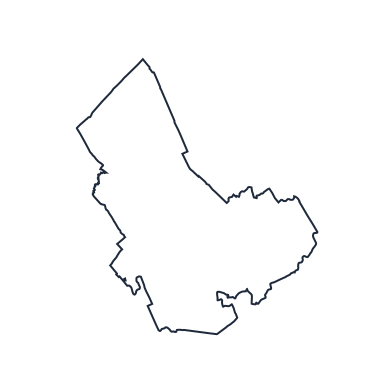 outline of Sarbii - Magura, Olt, Romania, rotated 69°
{"feature_id": "2599482B40554903092578", "entity_name": "Sarbii - Magura", "entity_type": "district", "adm_level": 2, "iso_a3": "ROU", "parent_name": "Romania", "parent_adm1": "Olt", "projection": "equal_earth", "projection_center": [24.696, 44.548], "detail": "fine", "context": "isolated", "style": "outline", "palette": "slate", "viewbox_px": 384, "rotation_deg": 69, "n_neighbors": 0, "source": "geoboundaries", "source_scale": "gbopen_adm2", "svg_char_len": 6086}
<svg xmlns="http://www.w3.org/2000/svg" viewBox="0 0 384 384"><g transform="rotate(69 192 192)"><path d="M309.2,272.7L309.4,272.4L310.1,272.0L310.3,271.6L310.0,270.6L309.0,269.2L309.4,266.7L309.3,266.2L308.9,265.6L308.9,265.1L309.5,263.9L309.9,263.5L312.3,262.2L314.2,261.7L315.1,261.1L315.7,258.9L316.4,258.4L316.9,257.2L316.8,256.8L315.4,255.6L315.6,254.5L316.5,252.1L317.6,250.2L317.9,248.9L330.5,225.7L333.5,220.0L333.6,219.4L330.5,208.3L330.0,207.3L329.2,203.3L328.3,200.6L327.8,198.9L327.2,197.8L325.8,195.2L325.4,194.8L321.8,194.8L319.7,195.1L315.4,194.7L311.3,195.0L311.1,195.1L311.1,195.4L311.7,197.2L311.8,198.4L311.5,199.3L310.6,200.9L310.1,202.1L310.0,202.4L310.3,203.9L310.2,204.1L309.8,204.2L307.1,203.9L305.9,203.6L304.0,202.7L303.1,202.9L302.7,203.1L302.5,203.3L302.6,204.9L302.4,206.7L302.2,206.9L299.7,206.0L296.7,205.3L294.7,204.5L294.4,204.1L294.4,203.7L294.9,202.4L296.5,200.2L297.8,198.5L300.2,196.8L300.7,195.5L300.9,195.2L301.4,195.1L301.8,195.3L302.2,196.2L302.5,196.5L303.0,196.6L303.5,196.5L303.6,196.0L303.7,195.0L304.5,192.9L304.6,191.7L305.0,191.3L306.5,190.3L306.8,189.9L306.7,189.5L305.1,188.1L303.3,184.7L303.0,182.2L303.0,180.7L303.3,179.5L304.0,177.4L302.3,175.5L302.3,175.4L303.9,175.4L304.7,175.3L308.2,173.5L309.7,173.1L311.3,173.6L316.7,176.0L317.7,176.3L318.3,175.6L319.6,173.1L319.5,172.6L318.5,171.9L318.4,171.6L318.6,171.4L319.7,170.9L320.0,170.4L320.0,170.0L318.5,167.9L317.6,166.3L317.3,165.2L317.3,163.1L317.1,161.3L316.4,160.9L314.6,160.8L314.1,160.5L312.9,158.7L311.2,156.8L310.8,156.2L310.6,155.5L310.9,153.3L310.8,153.0L310.4,152.7L309.9,152.5L306.1,152.0L305.7,151.6L305.4,149.5L305.7,148.7L305.7,147.1L305.2,140.9L304.9,136.1L305.0,135.4L304.6,134.3L304.3,130.4L303.5,128.9L303.4,128.4L303.4,127.2L303.3,126.7L303.4,126.2L303.3,125.5L303.8,125.1L303.9,124.9L303.1,124.4L302.9,124.1L302.5,123.1L302.4,120.9L301.9,120.5L300.3,119.7L299.5,119.6L297.6,118.7L296.7,118.0L296.5,117.6L296.5,117.3L296.9,115.4L296.6,114.2L295.2,112.9L293.1,112.5L292.5,112.1L292.3,111.7L291.9,110.8L292.0,110.1L293.7,108.3L294.1,107.7L294.1,107.2L292.7,104.8L291.7,103.7L291.5,103.1L290.7,101.9L288.4,99.7L287.6,98.4L286.7,96.8L285.2,94.9L284.3,94.5L283.5,94.5L277.9,95.0L276.4,94.8L275.8,94.5L274.5,93.6L274.2,93.1L274.3,91.9L274.8,90.4L274.8,89.7L274.5,89.4L274.1,89.3L265.1,90.8L255.3,92.7L239.5,95.3L239.3,95.0L239.0,95.0L237.3,95.2L235.3,95.8L233.4,97.2L232.7,98.2L233.5,98.4L234.3,99.0L235.2,100.3L235.3,100.8L235.1,101.6L234.6,102.8L234.3,103.0L234.1,103.4L233.5,103.8L233.0,105.0L233.0,105.4L233.1,105.6L233.2,105.9L233.6,106.6L233.9,107.3L234.0,107.9L233.8,108.5L233.2,109.7L231.6,110.8L231.3,111.6L232.7,115.0L227.4,116.8L221.9,117.4L216.6,118.6L216.5,119.9L216.7,120.8L217.4,123.2L217.8,124.8L218.6,126.0L218.7,126.4L218.7,126.8L218.4,127.4L218.3,127.9L218.4,128.4L218.7,129.2L218.9,129.9L218.9,131.2L218.7,132.3L218.7,132.9L219.0,133.3L219.3,133.4L220.7,133.6L220.9,133.8L220.7,134.1L219.2,136.2L218.3,136.0L217.3,136.1L215.8,135.8L212.9,135.7L210.1,135.1L209.1,134.8L207.9,136.6L207.7,137.6L207.9,138.1L209.0,139.6L210.3,143.1L210.2,143.5L209.4,144.7L209.3,145.1L209.5,146.4L210.7,148.3L211.9,148.7L213.3,149.9L211.6,151.9L212.2,152.6L209.3,154.2L210.8,156.2L210.9,156.4L210.5,159.2L210.7,159.7L211.3,160.3L213.5,161.0L213.8,161.3L214.7,163.5L200.8,170.0L196.7,172.1L191.7,173.6L191.2,173.9L190.1,175.2L189.6,175.6L189.0,175.5L188.3,175.8L187.1,176.1L179.5,180.0L179.9,180.5L172.8,183.9L169.8,185.6L167.3,186.0L152.9,187.3L152.6,181.7L134.7,182.3L129.1,182.6L121.1,183.4L120.2,183.3L119.4,182.9L118.5,182.9L84.8,184.2L84.2,184.5L83.8,184.5L82.5,184.1L67.2,184.7L66.8,184.7L66.5,185.1L66.4,185.7L65.8,186.2L62.6,187.0L61.7,187.5L60.6,187.0L59.8,187.0L58.0,187.8L50.4,190.3L53.6,196.8L60.1,211.9L61.0,214.2L63.3,218.5L65.9,224.3L67.5,228.5L68.0,229.0L69.8,231.9L75.2,243.2L82.1,256.3L83.0,257.5L84.4,258.7L85.2,259.9L85.5,260.1L85.5,260.8L85.2,261.4L85.3,262.3L86.1,263.9L86.4,265.2L86.8,266.1L89.1,272.4L90.8,276.2L91.1,276.6L91.9,276.6L97.6,275.5L106.1,274.3L115.4,273.1L118.0,272.9L120.8,271.8L122.5,271.4L123.8,270.6L126.2,270.0L129.6,268.7L131.0,267.9L131.6,267.4L133.2,266.3L134.8,265.5L135.2,265.5L135.7,266.0L136.0,266.9L136.7,268.1L137.9,269.4L138.8,268.0L139.1,267.8L140.3,266.9L143.1,265.2L142.9,265.7L143.1,266.6L143.0,266.8L141.8,267.8L141.8,268.1L142.2,269.0L141.8,269.5L141.3,270.0L142.1,270.7L142.3,271.4L142.6,271.7L142.8,272.1L142.7,272.5L142.3,272.6L142.1,272.8L142.1,273.3L142.4,273.5L143.8,273.5L144.7,274.7L145.0,274.7L145.1,274.2L145.4,274.2L146.1,275.2L146.5,275.1L146.7,274.7L146.9,274.7L147.4,275.0L148.5,275.0L149.2,275.4L149.3,275.8L149.4,276.0L150.2,275.7L150.5,275.7L150.6,276.3L151.1,276.8L151.2,277.3L151.1,277.5L150.5,277.7L150.8,278.4L150.2,279.1L150.2,279.8L150.6,280.2L152.0,280.3L152.2,281.1L152.6,281.2L152.8,281.6L153.2,281.8L153.7,282.4L154.2,282.1L155.2,282.0L155.3,282.9L155.9,283.6L155.9,283.8L156.4,283.7L156.7,283.4L157.3,283.5L157.4,284.1L157.6,284.4L157.6,285.0L157.8,285.1L158.6,285.1L158.8,285.5L160.6,285.3L170.3,281.6L170.6,281.1L171.3,280.5L172.6,278.5L173.3,278.1L173.8,278.1L176.0,278.5L177.4,278.5L177.7,278.5L178.7,277.7L180.1,277.2L181.8,277.1L186.5,276.0L190.2,275.4L191.5,275.4L192.2,275.0L192.8,274.9L199.9,273.8L200.9,273.4L202.2,272.8L204.2,273.1L205.5,272.6L206.2,272.2L207.5,271.1L209.5,271.0L210.2,270.7L211.2,273.3L213.7,280.5L220.5,277.8L221.4,279.9L222.1,281.1L224.2,284.0L226.1,286.3L228.0,289.9L229.7,292.2L229.9,292.2L231.2,294.7L241.2,291.3L241.8,292.3L245.2,290.8L244.9,289.9L249.3,288.4L248.8,285.5L250.7,285.7L250.2,286.9L250.1,288.1L256.3,286.1L256.7,284.6L256.9,284.2L257.9,283.5L259.2,283.0L259.9,282.9L263.7,283.3L265.7,283.3L266.2,283.2L267.1,282.6L267.2,282.4L267.1,281.8L266.6,281.0L265.8,280.3L264.5,279.5L263.9,278.7L263.6,277.4L263.7,275.8L263.2,275.3L262.7,275.0L261.9,274.7L259.3,274.9L257.7,274.8L256.1,275.6L255.3,275.7L254.7,275.6L252.5,274.7L252.3,274.5L252.0,274.0L251.8,272.0L251.9,271.4L252.8,270.1L262.2,270.1L263.9,270.5L267.7,270.4L275.8,269.6L282.2,269.3L282.5,274.2L303.9,273.1L309.2,272.7Z" fill="none" stroke="#1e293b" stroke-width="2"/></g></svg>